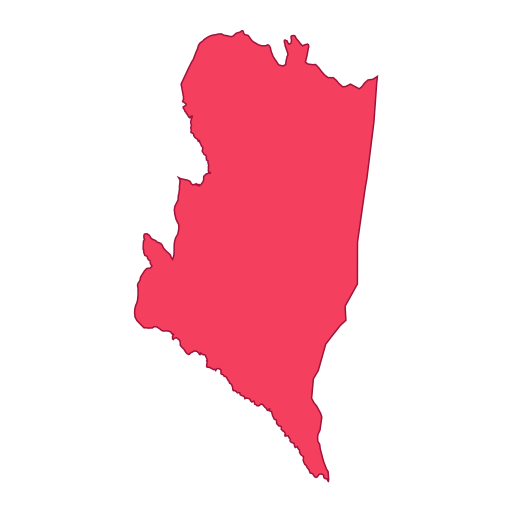 Santa María Tepantlali, Oaxaca, Mexico
{"feature_id": "50627088B72536990045476", "entity_name": "Santa María Tepantlali", "entity_type": "district", "adm_level": 2, "iso_a3": "MEX", "parent_name": "Mexico", "parent_adm1": "Oaxaca", "projection": "equal_earth", "projection_center": [-96.004, 16.943], "detail": "fine", "context": "isolated", "style": "filled", "palette": "rose", "viewbox_px": 512, "rotation_deg": 0, "n_neighbors": 0, "source": "geoboundaries", "source_scale": "gbopen_adm2", "svg_char_len": 6007}
<svg xmlns="http://www.w3.org/2000/svg" viewBox="0 0 512 512"><path d="M178.6,177.6L180.0,180.0L179.8,183.5L179.4,186.2L179.5,188.4L178.9,193.5L178.4,195.1L178.1,198.0L178.1,199.9L174.9,206.2L174.3,209.8L174.8,214.1L175.9,218.8L177.2,221.8L178.5,224.0L178.9,226.7L178.6,230.2L177.7,234.3L175.6,237.9L174.7,241.0L174.2,244.3L174.1,247.9L174.1,251.6L173.9,254.7L173.4,257.0L172.6,259.4L171.1,257.2L170.4,255.0L168.3,252.9L166.4,251.3L164.7,249.5L163.4,247.8L162.2,245.2L160.8,243.5L159.1,242.7L157.4,242.3L156.0,240.9L154.6,240.1L152.7,239.4L151.0,238.1L150.1,236.5L148.8,234.9L146.9,233.7L144.5,234.1L143.9,235.4L143.9,237.7L144.5,239.5L143.5,241.1L143.3,243.3L143.1,249.2L143.7,250.1L143.7,252.0L144.8,255.4L147.1,256.3L147.7,258.5L148.5,259.8L149.7,260.4L150.1,261.1L150.4,263.5L151.2,265.0L152.0,266.0L150.2,268.1L148.4,268.2L146.6,268.6L144.5,270.9L140.6,277.0L140.0,280.2L139.1,281.8L138.1,283.1L137.5,285.3L138.0,288.1L138.1,294.4L137.5,300.5L136.7,303.2L135.7,305.4L134.8,309.2L134.6,312.6L135.0,317.0L137.0,320.7L142.7,326.5L144.1,327.9L145.9,327.7L148.1,328.1L152.5,327.9L154.1,326.7L156.6,326.8L159.7,328.8L161.6,330.4L163.0,331.0L167.0,330.9L168.5,331.1L170.8,332.0L171.6,333.4L172.3,334.1L173.2,334.0L173.5,334.1L173.0,335.2L172.4,337.0L172.7,338.2L172.5,338.9L173.3,339.5L173.9,338.6L175.1,338.0L176.6,337.8L179.5,340.2L180.2,342.0L180.3,345.3L180.7,345.6L181.1,346.4L183.9,349.2L185.8,352.2L187.0,353.6L188.8,354.5L189.5,354.2L190.4,353.0L191.7,352.4L194.2,351.0L196.4,351.2L198.1,352.3L199.4,354.3L200.0,354.7L200.3,354.2L200.2,353.6L200.3,353.2L200.6,353.0L202.4,354.4L203.2,354.7L204.6,354.7L205.2,355.3L206.0,356.9L207.3,360.0L206.9,360.4L206.6,360.9L207.1,361.4L207.2,362.8L206.7,364.6L206.6,366.0L206.9,367.0L208.1,367.3L209.3,367.3L213.8,369.7L214.4,369.3L215.1,369.5L215.7,370.5L216.4,369.2L217.1,368.6L218.7,368.7L220.4,369.4L220.9,370.0L221.0,373.7L221.8,374.4L222.8,374.4L223.6,375.4L224.1,376.2L225.1,376.5L225.6,376.5L226.4,377.2L228.1,380.4L229.1,381.3L229.3,382.6L229.7,383.2L230.7,383.6L231.7,385.0L232.5,386.9L232.9,390.1L233.7,390.8L234.7,390.5L236.3,391.6L237.5,392.9L238.9,392.6L239.7,392.7L240.3,394.9L242.6,395.8L244.4,396.8L244.9,398.7L246.7,398.1L248.9,398.6L250.0,399.3L250.5,400.8L251.9,402.0L253.2,401.3L254.1,401.3L254.4,402.5L254.7,404.1L255.8,404.5L257.1,405.8L258.9,405.8L260.1,404.7L261.1,404.2L262.4,404.3L264.8,407.1L266.3,408.4L267.4,410.3L269.2,409.1L269.6,409.0L269.1,410.7L271.1,411.4L271.7,412.3L272.6,415.7L274.2,419.1L276.4,420.2L276.7,423.6L278.9,426.0L280.4,426.1L281.4,426.7L281.2,429.2L282.6,430.8L284.1,431.5L285.0,433.1L285.5,434.3L284.8,435.0L285.1,436.1L288.1,435.7L289.3,438.1L290.0,438.8L290.3,439.6L290.0,440.6L290.4,441.6L291.6,442.5L292.8,442.8L294.1,443.6L294.7,446.7L295.4,447.5L297.1,446.6L298.5,449.2L299.4,449.8L299.7,452.7L300.9,454.7L303.5,456.7L303.2,460.7L304.7,464.2L306.4,465.7L307.0,467.3L309.0,469.9L310.1,472.9L312.6,473.7L314.8,476.9L316.6,477.4L317.8,476.3L319.0,474.4L321.3,473.9L323.6,475.1L323.8,477.3L324.4,478.1L325.8,478.8L327.1,478.8L327.8,480.9L328.4,481.3L328.7,479.7L328.1,471.6L326.5,469.1L323.6,461.6L320.2,448.7L319.7,444.5L317.8,441.2L317.6,437.8L317.9,434.6L320.0,430.0L321.8,417.2L320.6,413.4L316.6,405.9L314.2,403.2L311.6,398.4L313.4,378.7L318.3,370.5L325.7,344.2L330.8,337.5L340.4,325.3L345.9,320.3L345.1,306.2L357.4,284.0L357.5,242.1L365.2,188.0L366.8,179.0L373.9,122.1L376.8,81.7L377.0,80.7L377.4,76.4L372.9,79.3L367.9,80.0L364.5,83.1L361.9,86.7L359.2,88.8L354.1,86.1L350.5,84.1L345.7,86.5L342.7,86.8L338.5,83.1L336.4,80.4L333.3,77.7L328.0,77.6L324.5,74.9L321.2,71.1L319.1,68.2L315.6,64.5L312.7,64.7L307.9,64.0L305.4,62.2L306.8,56.5L308.4,47.9L308.7,47.2L308.7,45.7L308.3,44.6L307.2,44.0L306.2,44.5L305.2,44.6L304.0,45.1L302.6,45.9L300.4,43.6L298.0,40.5L296.1,38.4L295.3,36.4L294.6,35.7L293.7,35.5L292.0,35.7L291.3,36.0L291.0,36.9L291.0,37.5L291.4,40.0L291.3,42.3L290.5,43.5L288.8,44.1L287.9,42.8L287.6,42.0L287.1,40.9L285.9,40.5L285.2,40.0L284.4,40.3L284.3,42.0L285.0,44.0L285.1,45.7L287.3,51.8L287.8,53.9L287.9,55.0L287.1,56.5L286.2,60.3L285.6,64.6L282.8,66.0L278.6,64.8L275.9,60.7L273.1,56.5L271.3,51.8L270.7,49.5L270.5,48.0L268.9,45.3L267.8,44.8L266.4,45.5L265.2,45.8L261.6,45.8L258.0,44.6L256.7,43.7L253.6,42.0L251.9,40.6L248.2,35.5L247.1,35.1L244.9,34.7L243.9,33.6L243.5,32.6L243.3,31.6L242.8,30.8L242.1,30.7L241.2,31.2L240.3,32.0L236.2,33.2L233.3,35.9L233.3,36.1L231.5,36.6L229.2,36.3L227.6,35.8L223.8,35.2L221.5,33.9L218.6,34.0L215.3,34.8L212.7,35.1L209.5,36.2L206.8,37.7L204.2,39.5L202.6,41.2L200.3,42.7L198.5,45.3L197.6,48.6L196.0,52.2L193.3,59.4L191.7,61.9L188.6,68.1L181.1,84.1L183.5,96.9L183.5,99.5L183.2,100.0L182.6,101.3L182.9,101.9L183.7,102.1L186.2,104.2L185.8,105.3L183.1,107.0L183.2,107.9L183.5,108.5L183.9,108.8L185.1,111.6L185.8,111.9L186.1,112.4L186.2,113.2L187.7,114.9L188.0,115.8L188.8,117.0L190.0,117.9L190.3,117.6L190.5,116.7L191.0,116.2L192.3,116.1L192.4,116.6L191.7,118.1L190.7,121.4L190.9,123.8L191.5,125.5L190.8,127.3L190.8,128.2L191.1,129.1L191.3,129.9L190.9,132.3L191.0,132.6L191.9,132.9L192.8,133.4L193.8,134.6L193.7,135.3L193.8,135.8L195.1,137.7L196.6,138.6L197.7,139.5L198.0,140.5L198.0,141.0L198.3,141.3L198.8,140.6L199.3,140.5L199.9,142.5L200.9,144.4L201.2,145.4L201.6,146.2L202.6,147.2L202.8,147.7L202.6,148.3L202.7,149.4L202.2,150.5L202.4,151.7L203.1,152.5L203.8,154.1L204.5,154.7L205.1,154.9L205.9,155.6L206.3,156.3L206.4,156.8L206.1,157.8L206.4,158.4L206.5,160.0L207.8,160.7L208.0,161.1L207.9,162.2L208.2,163.1L208.2,164.0L208.6,164.7L208.8,165.2L208.3,166.9L208.5,168.8L208.3,169.9L208.5,171.5L208.7,171.9L210.0,172.3L210.8,173.6L209.8,173.0L208.7,173.3L207.9,173.3L207.5,173.8L206.4,173.8L205.9,174.2L205.4,174.8L204.1,175.9L203.8,176.4L203.7,177.0L203.6,180.2L202.9,181.8L200.9,184.6L199.2,185.8L199.0,185.2L199.1,184.6L198.3,184.6L197.8,184.3L197.3,184.4L197.3,185.1L196.4,184.9L196.0,184.7L196.0,183.8L195.0,184.3L192.8,184.9L191.0,183.5L190.7,182.3L189.8,181.2L187.6,180.2L180.5,178.6L178.6,177.6Z" fill="#f43f5e" stroke="#9f1239" stroke-width="1.5"/></svg>